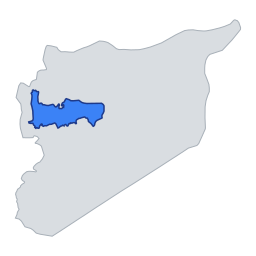 where Hamah sits in Syria
{"feature_id": "SYR-138", "entity_name": "Hamah", "entity_type": "Province", "adm_level": 1, "iso_a3": "SYR", "parent_name": "Syria", "parent_adm1": "", "projection": "albers", "projection_center": [37.023, 35.303], "detail": "fine", "context": "in_parent", "style": "filled", "palette": "blue", "viewbox_px": 256, "rotation_deg": 0, "n_neighbors": 0, "source": "natural_earth", "source_scale": "10m", "svg_char_len": 6534}
<svg xmlns="http://www.w3.org/2000/svg" viewBox="0 0 256 256"><path d="M20.7,82.9L23.3,83.2L28.7,86.6L29.6,86.5L31.3,82.1L33.0,80.6L36.4,79.4L37.4,72.2L39.0,70.9L40.9,70.1L43.8,70.0L46.4,69.6L46.5,68.4L43.0,60.1L43.3,58.0L45.1,49.7L46.2,46.5L47.2,45.4L51.2,45.9L56.8,47.3L58.3,49.7L61.1,51.8L65.2,51.7L70.0,52.1L73.7,52.2L76.7,50.7L83.4,47.9L86.7,46.9L89.7,45.7L99.4,41.0L103.3,41.3L105.9,41.9L108.0,42.6L112.6,45.6L116.4,48.7L119.1,49.6L123.9,49.4L130.8,49.9L139.2,49.7L144.1,48.7L150.4,47.0L161.5,42.9L176.0,34.7L184.6,30.6L188.3,30.0L193.1,29.8L198.0,30.6L203.6,31.0L206.1,30.9L212.1,29.8L219.7,27.9L224.5,26.4L230.3,24.0L233.7,20.3L234.9,19.8L236.4,20.4L237.2,20.6L238.8,22.5L240.6,27.6L240.6,28.1L240.4,29.6L236.8,34.1L231.9,40.1L228.3,43.9L222.3,50.3L217.7,51.8L209.8,54.4L207.7,56.6L205.9,60.1L204.9,64.9L204.7,67.9L204.7,73.4L206.9,79.0L208.9,84.4L209.3,88.0L209.3,91.6L207.7,95.5L206.0,100.8L205.1,106.8L205.0,117.9L205.4,127.3L205.3,128.9L202.3,135.7L198.7,143.6L196.9,145.5L188.4,148.1L179.2,154.2L168.8,160.9L159.4,167.0L149.5,173.3L139.2,179.9L131.8,184.6L121.8,190.8L112.7,196.7L103.5,202.7L96.5,207.2L85.8,214.3L79.5,218.4L70.2,224.5L62.0,229.9L52.2,236.2L40.1,234.2L36.2,233.1L33.1,230.1L30.8,228.5L25.0,226.8L21.4,221.1L19.2,219.1L15.4,218.1L17.0,214.5L17.4,212.2L19.1,209.3L18.1,207.4L17.6,203.3L16.9,202.3L16.6,201.2L17.2,199.9L17.0,198.6L16.4,198.0L16.1,196.0L15.6,194.5L15.9,192.7L16.7,191.5L17.6,189.2L18.6,188.6L20.3,187.2L20.7,185.7L22.2,184.2L24.1,183.1L24.6,182.1L24.3,181.6L22.4,180.5L21.3,178.6L22.3,175.8L22.9,175.0L24.1,173.7L26.7,171.7L28.8,171.3L30.5,171.3L33.5,171.5L35.8,171.9L36.4,171.4L36.3,170.7L33.5,169.0L33.3,167.7L34.0,166.3L36.1,164.1L38.5,162.5L39.7,162.2L42.4,158.9L44.2,155.2L41.4,146.2L39.7,144.8L36.9,143.5L35.3,143.3L35.2,142.7L37.4,140.5L39.0,138.5L37.3,136.6L34.2,135.7L33.0,137.6L29.1,137.8L23.0,137.7L20.4,128.2L20.0,124.1L20.2,119.3L22.1,112.4L21.3,109.2L21.2,107.0L20.8,104.0L16.1,97.5L18.8,85.8L20.7,82.9Z" fill="#d9dde1" stroke="#a8b0b8" stroke-width="1"/><path d="M66.3,98.7L69.3,99.7L70.5,100.5L70.8,100.7L71.1,100.7L73.1,100.8L78.8,100.3L81.7,102.4L82.3,102.6L83.9,103.1L86.8,103.5L101.6,103.3L103.0,104.3L103.4,104.8L103.9,105.6L104.0,106.3L104.0,111.0L103.8,111.7L103.4,112.6L103.1,113.3L102.3,114.5L102.2,114.8L102.0,115.3L101.9,115.6L101.9,116.0L101.9,116.4L102.1,117.8L102.0,118.0L101.7,118.2L97.1,120.3L96.6,120.7L95.6,121.6L95.5,121.8L95.4,122.3L95.3,122.5L95.1,122.8L94.9,123.3L94.7,123.7L94.7,124.2L94.7,124.4L94.7,124.5L94.6,124.8L94.5,125.0L94.4,125.3L93.7,126.1L93.4,126.3L93.2,126.3L93.0,126.1L91.6,124.3L91.3,123.9L91.1,123.6L89.1,122.0L88.9,121.9L88.6,121.6L88.4,121.3L88.3,120.8L88.3,120.3L88.2,120.1L88.1,119.5L88.0,119.4L87.8,119.1L87.6,118.7L87.3,118.3L87.3,118.2L87.1,118.1L86.9,118.1L86.2,118.1L85.9,118.0L85.6,117.8L85.2,117.4L85.0,117.2L84.8,117.0L84.7,117.0L84.4,117.0L81.6,117.7L80.0,118.3L79.5,118.4L79.3,118.4L79.0,118.4L78.8,118.4L78.6,118.6L77.5,119.3L76.8,119.7L76.6,119.9L76.4,120.1L76.3,120.4L76.2,120.6L76.1,121.1L76.1,122.3L76.3,122.9L76.4,123.1L76.4,123.3L76.3,123.5L76.1,123.6L75.9,123.7L75.6,123.6L75.4,123.5L75.3,123.3L75.0,122.8L74.8,122.7L74.7,122.6L74.1,122.6L73.9,122.6L73.7,122.6L73.2,122.7L72.9,122.7L72.7,122.8L72.4,123.0L72.2,123.1L71.9,123.2L71.6,123.1L71.4,123.0L71.0,122.8L70.9,122.8L70.6,122.9L70.5,123.1L70.4,123.2L70.4,123.4L70.4,123.5L70.2,123.6L69.7,123.5L69.3,123.5L69.2,123.5L68.9,123.8L68.8,124.2L68.8,124.3L68.5,124.6L68.4,124.6L68.3,124.8L68.2,125.3L68.1,125.5L67.9,125.8L67.7,126.0L67.4,126.0L67.0,125.9L66.7,125.7L66.3,125.2L66.2,124.9L66.0,124.7L65.8,124.5L65.6,124.5L65.4,124.5L65.2,124.5L64.4,125.1L64.1,125.3L64.0,125.7L63.9,125.7L63.9,125.8L63.6,125.6L63.3,125.5L63.1,125.4L62.9,125.3L62.8,125.2L62.5,125.2L62.4,125.3L61.9,125.9L61.7,126.0L61.1,126.0L60.8,126.1L60.5,126.3L58.8,127.7L58.6,127.8L57.9,128.0L57.0,126.1L55.9,123.9L55.7,123.7L55.2,123.2L54.8,123.1L54.4,123.0L54.2,123.1L53.5,123.5L53.3,123.6L53.1,123.6L52.8,123.6L52.6,123.6L52.4,123.7L51.9,124.2L50.7,124.3L50.2,124.3L49.9,124.3L49.7,124.3L49.3,124.4L46.6,125.8L44.9,125.7L44.1,125.9L43.7,126.2L43.5,126.3L43.3,126.2L43.1,126.2L42.8,126.0L42.6,125.9L42.6,125.6L42.5,125.4L42.4,125.3L42.0,125.3L41.9,125.3L41.9,125.2L41.9,124.9L42.1,124.6L42.2,124.4L42.1,124.2L41.9,124.1L41.5,124.0L41.2,124.1L40.8,124.6L40.5,125.0L39.6,126.0L39.6,126.3L39.6,126.6L39.5,126.8L39.4,127.1L39.3,127.3L39.3,127.7L39.2,127.8L38.9,128.2L38.8,128.3L38.7,128.3L37.5,128.1L37.2,127.7L36.7,127.6L36.4,127.7L36.0,128.3L35.9,128.4L35.7,128.3L35.5,128.1L35.2,127.7L34.9,127.4L34.7,127.3L34.7,127.2L34.9,126.9L35.1,126.8L35.1,126.6L34.8,126.2L34.7,126.0L34.6,125.7L33.7,125.1L33.5,124.8L33.4,124.6L33.2,124.0L33.0,123.4L32.8,123.4L32.5,123.3L31.2,123.4L30.6,123.4L29.0,123.0L28.7,121.9L29.1,121.7L29.5,121.6L29.8,121.7L30.1,121.7L30.4,121.4L30.5,121.4L31.0,121.3L31.1,121.2L31.3,121.1L31.5,121.0L32.0,121.0L32.1,120.9L32.3,120.6L32.5,120.5L32.7,120.4L32.8,120.2L33.2,119.0L33.2,118.3L32.9,113.3L32.9,112.5L32.8,110.9L31.9,106.5L31.4,104.9L31.2,104.1L31.1,103.9L31.8,99.2L32.0,96.4L31.9,95.1L31.8,94.6L31.7,94.3L31.6,94.1L31.2,93.5L31.2,93.4L31.2,93.2L31.3,93.0L31.6,92.6L32.2,92.3L32.2,92.1L32.3,91.8L32.4,90.7L32.5,90.3L33.1,89.9L33.3,90.2L33.3,90.3L33.6,90.5L33.9,90.6L34.1,90.6L34.6,90.6L35.0,90.4L35.3,90.3L35.5,90.3L35.8,90.4L36.0,90.7L36.2,91.0L36.2,91.3L36.3,91.4L36.8,91.6L38.3,91.6L38.5,91.8L38.6,92.3L38.3,94.2L37.8,96.5L37.8,97.3L38.0,100.1L38.0,100.4L37.9,100.5L37.8,100.8L38.5,102.5L38.7,103.2L38.9,103.5L39.7,103.7L40.9,103.1L41.0,103.1L41.3,103.2L41.9,103.5L42.0,103.6L42.2,103.9L42.3,104.2L42.4,104.5L42.5,104.6L42.8,104.7L42.9,104.8L43.3,104.8L43.9,104.7L44.3,104.8L46.6,105.4L48.4,105.5L52.6,104.4L52.9,104.4L53.0,104.4L53.2,104.5L54.2,105.4L54.3,105.7L54.4,105.8L54.5,106.1L55.1,106.5L55.3,106.7L55.3,106.8L55.5,106.9L56.1,106.8L56.3,106.8L56.5,106.7L56.8,106.5L57.4,105.6L58.1,104.9L58.2,104.7L58.5,104.2L58.9,104.0L59.0,104.1L59.2,104.5L59.3,104.6L59.3,104.8L59.3,105.1L59.3,105.5L58.9,106.3L58.9,106.5L58.9,106.8L59.0,107.4L59.0,107.6L59.0,108.1L59.1,108.4L59.2,108.5L59.4,108.5L59.5,108.6L60.0,108.6L60.8,108.5L61.5,108.6L61.9,108.5L62.0,108.4L62.4,107.8L62.6,107.5L62.9,107.4L63.0,107.3L63.3,107.3L63.6,107.4L63.8,105.5L63.7,105.2L63.6,104.9L63.4,104.8L63.3,104.7L63.1,104.8L62.8,105.1L62.6,105.5L62.3,105.8L62.2,105.8L61.9,105.8L61.7,105.7L61.5,105.4L61.5,105.2L61.6,104.8L62.2,103.3L62.4,103.0L62.6,102.8L63.1,102.5L63.8,102.2L64.0,102.0L64.2,101.8L65.1,100.2L65.5,99.3L65.6,99.2L66.3,98.7Z" fill="#3b82f6" stroke="#1e3a8a" stroke-width="1.5"/></svg>